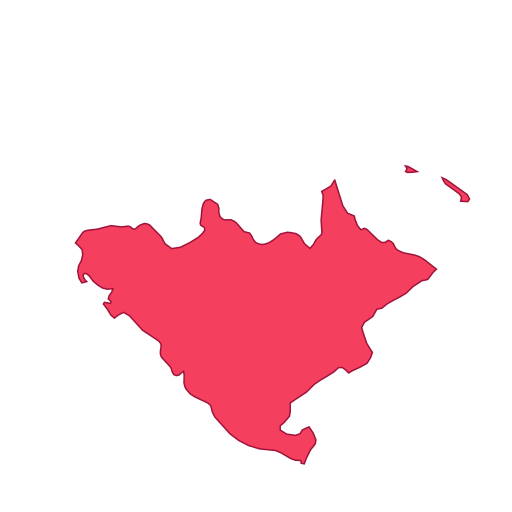 Sancti Spíritus, Mercator projection, rotated 32°
{"feature_id": "CUB-1322", "entity_name": "Sancti Spíritus", "entity_type": "Province", "adm_level": 1, "iso_a3": "CUB", "parent_name": "Cuba", "parent_adm1": "", "projection": "mercator", "projection_center": [-79.45, 22.111], "detail": "fine", "context": "isolated", "style": "filled", "palette": "rose", "viewbox_px": 512, "rotation_deg": 32, "n_neighbors": 0, "source": "natural_earth", "source_scale": "10m", "svg_char_len": 3096}
<svg xmlns="http://www.w3.org/2000/svg" viewBox="0 0 512 512"><g transform="rotate(32 256 256)"><path d="M282.6,149.9L303.0,167.4L311.0,171.2L318.2,170.0L321.0,172.8L326.1,176.5L331.1,178.2L333.3,175.0L336.2,174.7L350.5,177.8L355.6,177.9L358.6,175.7L359.2,173.9L359.9,172.5L363.3,172.2L366.0,172.8L370.3,175.5L373.4,176.0L379.3,175.2L389.5,171.3L394.7,170.0L401.0,169.9L416.0,171.6L414.9,175.8L414.1,184.8L412.1,186.9L409.7,189.1L408.2,192.5L405.4,198.5L403.0,208.0L400.2,213.5L396.2,220.4L392.7,226.8L390.3,233.7L386.7,237.1L387.1,245.3L383.1,254.7L383.5,260.7L387.9,264.6L396.2,271.4L402.2,274.4L405.8,276.1L407.0,281.3L407.0,288.1L403.0,295.4L398.2,302.7L396.6,306.1L392.7,305.2L388.3,304.8L385.1,307.0L383.5,312.9L380.4,319.4L376.4,327.1L373.6,333.5L370.8,345.0L364.9,357.9L362.9,362.6L367.3,369.4L369.3,374.1L368.1,382.2L366.5,387.3L368.9,390.8L376.4,390.8L384.3,387.3L387.5,383.5L387.5,378.8L391.5,372.8L398.2,375.8L404.2,380.1L405.8,383.9L405.0,391.6L405.8,400.6L407.1,406.7L404.2,407.8L402.4,405.7L397.7,408.3L392.7,409.4L380.9,409.7L375.6,410.6L361.2,417.7L350.0,420.7L339.2,421.6L328.2,420.6L306.3,414.3L301.8,411.5L296.8,406.8L292.9,406.2L278.8,407.9L273.4,407.8L267.4,406.0L264.8,404.4L262.2,401.8L258.1,394.9L255.7,392.3L254.6,394.7L253.8,397.7L251.8,399.7L249.0,400.1L246.3,398.6L243.7,396.3L242.1,395.4L230.5,392.2L228.8,391.5L226.7,389.6L225.1,386.9L223.8,383.6L221.9,380.8L218.4,379.6L199.1,379.1L180.7,373.8L173.7,373.9L170.7,378.6L168.8,383.7L164.2,383.0L158.2,379.9L152.0,377.6L152.0,375.6L157.6,373.4L157.6,371.6L153.4,370.6L152.5,367.3L152.8,363.2L152.0,359.6L147.4,363.0L142.6,364.5L137.3,364.5L131.2,363.6L125.7,361.5L122.5,360.8L120.0,361.4L119.3,363.5L121.0,365.5L123.7,366.9L126.0,367.4L122.6,371.1L117.6,368.6L112.9,363.4L110.9,358.6L110.3,352.3L108.4,346.8L105.2,342.8L100.5,341.4L96.0,340.6L96.6,328.3L96.9,326.8L97.8,325.4L99.7,323.3L107.1,317.4L116.9,307.1L126.6,302.6L131.7,298.4L133.6,297.9L137.6,298.2L139.0,297.4L139.7,295.9L140.3,293.4L141.4,291.1L144.1,287.6L146.8,286.4L149.4,286.1L165.3,289.9L167.2,290.7L168.6,291.7L172.4,293.8L180.6,294.4L187.3,288.6L192.7,279.8L197.2,270.7L198.6,265.3L198.9,261.4L197.8,259.8L196.6,259.2L195.0,259.1L193.7,259.3L192.5,259.0L191.6,258.2L190.6,256.2L189.4,252.9L185.4,245.1L183.7,240.1L183.6,237.0L184.2,235.0L187.1,232.3L196.1,232.5L199.3,235.2L200.3,237.1L201.7,239.1L204.5,241.6L207.4,242.3L209.7,242.2L211.7,241.1L215.6,238.5L219.2,238.1L221.7,238.3L232.9,241.7L238.5,239.9L242.2,241.6L244.5,243.2L248.4,244.7L252.3,244.2L255.3,242.9L257.7,240.7L260.1,237.6L262.1,233.5L263.5,229.7L265.0,224.5L269.8,219.4L273.1,217.7L277.9,215.9L281.2,215.7L283.9,216.3L290.7,219.9L297.7,221.0L298.6,215.7L298.3,211.0L298.9,207.5L300.0,203.8L299.8,201.7L292.1,190.9L282.9,172.6L280.7,168.9L277.5,166.4L282.5,157.0L282.4,150.2L282.6,149.9ZM400.5,101.1L399.0,97.0L395.0,95.5L378.6,94.4L375.8,93.2L372.4,91.0L377.0,90.4L402.6,92.0L406.9,94.5L406.8,97.7L400.5,101.1ZM335.0,100.5L337.4,99.5L348.0,99.0L344.4,102.0L339.9,105.0L338.0,105.0L338.1,103.1L337.2,101.4L335.0,100.5Z" fill="#f43f5e" stroke="#9f1239" stroke-width="1.5"/></g></svg>